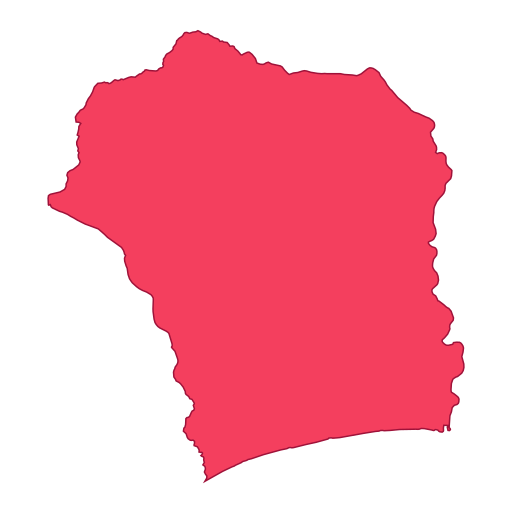 the district of Uatucarbau, Viqueque, East Timor
{"feature_id": "22284137B52677210689185", "entity_name": "Uatucarbau", "entity_type": "district", "adm_level": 2, "iso_a3": "TLS", "parent_name": "East Timor", "parent_adm1": "Viqueque", "projection": "mercator", "projection_center": [126.683, -8.704], "detail": "fine", "context": "isolated", "style": "filled", "palette": "rose", "viewbox_px": 512, "rotation_deg": 0, "n_neighbors": 0, "source": "geoboundaries", "source_scale": "gbopen_adm2", "svg_char_len": 5927}
<svg xmlns="http://www.w3.org/2000/svg" viewBox="0 0 512 512"><path d="M48.4,204.8L48.8,205.2L50.3,204.6L51.1,206.7L52.4,207.9L59.5,211.3L62.5,212.2L67.6,214.4L70.6,216.3L73.7,217.9L77.5,220.2L85.3,224.1L98.3,228.9L104.6,234.4L107.5,237.3L121.5,247.4L123.3,250.1L124.1,252.1L124.5,254.0L125.6,255.3L124.5,258.2L124.7,261.2L126.1,265.8L127.2,268.3L128.1,274.6L128.7,276.3L129.5,278.7L131.0,281.0L132.3,282.8L136.6,286.7L139.3,288.7L142.5,290.4L146.7,292.1L151.0,294.7L152.3,296.3L153.2,298.0L153.3,300.0L153.0,308.8L153.1,311.7L154.1,319.2L155.0,322.5L156.2,324.5L157.9,326.5L159.9,328.0L166.1,331.1L167.9,332.3L168.9,333.4L172.1,344.0L172.2,345.9L171.5,347.1L172.2,348.2L175.0,351.3L177.7,359.1L178.0,360.8L177.8,362.6L177.0,364.5L175.1,367.2L174.8,368.7L174.0,370.2L173.5,372.2L173.9,377.0L175.6,379.5L176.1,380.9L179.3,382.6L180.7,383.9L183.2,387.1L185.3,391.5L185.4,393.2L186.0,394.4L188.1,396.0L189.0,397.0L189.8,398.7L192.0,399.4L194.0,402.6L194.3,403.8L193.3,405.3L194.4,408.7L193.7,410.3L192.2,411.0L191.4,412.3L189.7,416.2L188.5,417.3L186.9,417.6L185.9,418.6L185.6,424.6L184.8,427.4L183.9,428.1L183.4,431.2L186.1,433.7L187.3,437.4L188.2,438.8L190.2,440.2L191.4,440.4L193.0,440.1L194.5,441.3L194.5,443.4L194.1,444.4L194.1,445.6L197.4,446.8L198.9,449.4L199.2,450.8L199.0,452.0L200.6,452.4L201.8,452.3L202.5,453.1L202.0,454.5L200.9,455.6L201.8,456.3L203.4,456.9L203.9,458.1L203.7,459.8L203.9,461.1L204.4,462.3L202.9,464.9L204.7,466.2L205.3,467.6L205.4,469.2L204.4,472.0L205.6,474.4L206.8,475.8L206.8,478.0L204.9,481.3L222.7,471.3L231.9,466.9L234.4,466.0L235.3,465.3L241.3,462.6L242.7,461.5L246.0,460.6L247.2,460.1L247.8,459.6L251.5,458.7L263.6,454.6L280.8,449.9L286.2,448.8L287.8,448.3L288.5,447.7L290.2,447.5L291.9,447.8L293.6,447.6L306.4,444.4L316.1,442.3L328.0,439.0L328.8,438.1L331.2,437.8L332.3,438.1L333.9,438.1L339.7,437.6L363.7,433.3L375.6,431.4L379.0,431.1L380.4,430.5L382.4,430.4L384.2,430.7L390.3,430.4L399.6,429.5L415.6,429.2L418.0,429.3L419.6,429.1L421.0,428.5L422.2,428.5L424.4,428.6L431.3,429.9L433.5,430.5L434.2,430.4L435.2,429.6L436.3,429.7L437.8,430.1L438.9,431.3L439.9,431.8L442.2,432.1L443.3,431.3L443.5,430.6L443.4,428.0L443.8,425.3L447.8,425.4L447.3,427.3L448.0,430.4L449.4,430.6L450.3,429.8L450.4,429.3L450.1,428.6L448.8,427.1L448.8,426.7L449.2,426.5L449.9,415.7L451.4,411.9L452.2,407.6L454.3,405.3L457.0,404.5L458.3,403.3L458.8,401.9L459.0,399.1L458.3,397.4L456.8,396.0L454.0,393.8L451.5,392.3L451.1,391.2L451.0,389.5L451.4,383.5L452.8,379.3L453.8,378.4L455.8,377.1L457.6,376.5L460.1,374.5L461.7,373.2L463.2,370.6L463.9,367.5L463.8,364.0L461.8,356.6L463.0,352.1L463.5,348.0L463.0,346.1L462.0,344.4L460.9,343.1L459.5,342.3L456.4,342.2L453.5,342.6L452.7,344.3L448.4,345.3L446.4,345.2L444.6,344.2L443.0,342.7L442.2,341.6L442.2,339.9L444.5,337.8L447.6,334.2L449.5,330.1L449.9,328.8L449.6,327.1L449.8,324.9L450.4,323.8L453.2,320.2L453.5,317.9L451.1,311.2L448.7,308.3L447.6,307.9L445.9,306.7L444.1,305.0L439.0,301.1L437.8,300.7L437.2,298.9L435.7,295.9L433.1,294.2L432.2,292.3L431.9,291.1L432.0,289.7L432.6,288.7L436.9,284.8L437.7,283.6L438.5,280.1L438.0,276.1L436.7,272.9L434.5,270.6L433.4,268.8L432.6,267.0L432.5,265.3L432.7,262.9L433.7,258.9L436.5,255.3L436.9,253.4L436.9,251.3L436.6,249.8L435.6,248.2L434.7,247.6L432.0,246.8L429.9,245.3L428.4,243.3L428.4,242.1L429.6,241.4L431.8,240.5L433.6,239.3L435.3,236.1L436.1,233.6L435.6,229.3L433.1,222.6L433.3,216.5L433.8,212.6L433.8,210.8L434.0,208.6L434.6,206.3L436.8,201.5L439.5,198.0L442.0,195.4L443.7,193.3L444.8,190.6L445.1,188.4L445.1,185.5L445.9,183.4L450.7,178.6L451.5,175.9L451.9,170.6L451.2,169.6L448.4,167.0L446.9,165.0L446.2,163.5L445.9,161.2L446.0,157.8L445.7,156.2L444.6,154.7L442.9,153.2L441.7,152.7L439.2,152.8L437.2,153.6L435.6,152.4L436.6,149.6L436.5,147.2L436.1,145.9L433.2,141.2L432.8,138.9L430.9,136.0L430.5,132.2L433.8,128.4L434.3,127.3L434.6,125.7L434.5,124.2L434.0,122.4L432.6,120.7L429.1,118.2L425.4,116.8L418.4,113.5L414.2,112.2L410.9,110.1L409.8,108.4L406.7,105.3L397.7,97.6L391.7,90.4L390.1,89.1L386.9,84.9L385.4,82.0L384.0,80.0L380.7,76.3L379.0,72.6L375.3,69.7L373.1,68.4L371.0,67.9L369.4,67.9L367.3,69.0L361.3,73.8L358.3,75.2L356.6,75.7L352.4,75.0L344.4,74.5L340.4,73.7L327.1,73.7L324.8,73.5L321.6,73.7L317.6,73.4L310.8,72.3L306.7,71.0L304.3,70.7L302.2,71.1L297.8,72.5L293.4,73.0L289.2,74.5L287.4,73.1L284.5,70.1L282.2,67.0L280.4,65.9L271.6,64.0L268.3,62.2L266.1,62.9L264.5,63.9L263.0,64.4L260.2,64.2L256.9,63.0L255.4,58.5L252.1,54.4L249.3,52.2L248.2,52.1L247.0,52.4L243.3,54.1L242.2,54.9L240.9,54.8L238.0,51.2L234.9,48.6L234.1,46.6L232.8,46.0L229.9,46.2L229.1,44.8L227.2,42.5L223.5,42.0L222.5,41.1L219.8,41.4L219.1,40.0L217.8,38.9L213.8,37.6L211.8,36.2L210.3,35.6L207.9,33.8L205.5,34.4L201.9,33.1L200.6,32.0L197.9,30.7L195.8,31.8L192.9,32.1L189.4,33.3L186.8,32.4L184.9,32.6L183.9,33.6L183.0,35.2L181.9,36.5L179.5,38.0L178.4,38.9L177.8,39.8L176.7,40.7L176.0,43.8L173.2,47.3L173.1,49.2L172.0,50.6L169.6,52.5L166.8,54.0L165.6,55.5L165.2,56.7L163.4,59.2L163.6,61.5L163.0,62.6L162.8,64.3L163.5,65.3L162.9,67.1L161.9,67.8L160.5,67.9L158.7,69.0L157.6,70.5L155.9,71.0L149.2,70.5L146.4,69.8L145.0,70.0L144.5,71.1L143.3,71.8L141.7,73.4L140.7,73.9L139.5,74.0L136.4,76.2L135.3,77.2L131.2,76.8L128.8,77.4L123.2,79.7L122.2,79.2L121.0,79.1L120.0,80.0L118.0,80.6L115.0,79.8L114.0,80.4L111.4,82.6L110.1,83.4L108.8,83.6L107.8,82.7L105.5,82.7L104.4,82.1L101.6,83.0L97.8,83.3L94.6,86.7L94.1,87.6L92.6,91.9L90.4,96.0L88.4,98.6L86.2,103.0L86.0,104.7L85.0,106.4L84.0,108.0L82.7,109.2L81.3,109.7L80.1,110.5L78.8,112.3L77.2,113.9L75.4,117.1L76.1,122.0L78.9,122.3L80.8,123.4L78.9,126.4L78.7,129.1L78.0,132.4L77.2,135.0L79.1,136.2L76.7,142.0L76.8,144.8L78.4,148.6L77.8,150.9L79.0,152.6L78.2,154.8L78.4,157.7L79.7,160.3L80.2,161.9L78.7,165.0L73.2,169.4L70.0,170.7L67.7,172.6L66.9,175.2L68.0,177.9L67.6,180.9L66.1,183.9L66.1,186.5L64.6,189.4L60.0,192.0L50.3,194.3L48.5,195.6L48.1,198.2L48.4,204.8Z" fill="#f43f5e" stroke="#9f1239" stroke-width="1.5"/></svg>